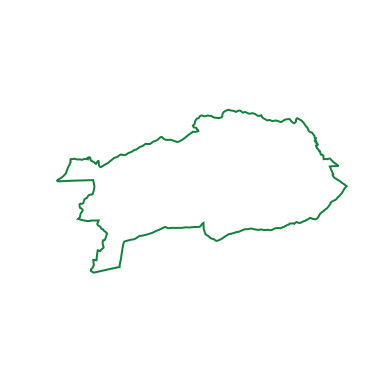 Tenjo, Cundinamarca, Colombia (Albers equal-area conic projection), rotated 42°
{"feature_id": "7082276B86152202895144", "entity_name": "Tenjo", "entity_type": "district", "adm_level": 2, "iso_a3": "COL", "parent_name": "Colombia", "parent_adm1": "Cundinamarca", "projection": "albers", "projection_center": [-74.143, 4.827], "detail": "fine", "context": "isolated", "style": "outline", "palette": "green", "viewbox_px": 384, "rotation_deg": 42, "n_neighbors": 0, "source": "geoboundaries", "source_scale": "gbopen_adm2", "svg_char_len": 5982}
<svg xmlns="http://www.w3.org/2000/svg" viewBox="0 0 384 384"><g transform="rotate(42 192 192)"><path d="M82.0,246.7L80.1,248.4L79.8,248.8L79.8,249.0L80.7,249.8L80.9,250.4L81.9,251.0L82.0,252.3L82.2,252.8L82.8,253.6L82.8,254.3L83.6,257.1L85.8,262.5L85.8,266.1L85.4,268.5L84.1,273.1L84.2,273.8L85.2,273.8L91.1,268.1L91.3,267.8L100.4,259.0L110.6,249.3L115.7,253.1L117.5,255.7L119.7,260.2L119.2,260.7L118.9,261.4L118.2,261.9L118.0,262.3L117.4,263.5L117.4,264.4L117.8,266.1L117.8,267.1L117.1,268.5L117.1,269.4L117.7,271.1L118.6,272.8L118.6,273.2L118.1,274.5L117.1,275.2L116.7,276.2L116.7,276.5L116.9,276.8L118.1,277.8L119.3,278.7L119.9,278.6L121.0,278.2L122.4,278.3L122.9,278.6L123.3,279.3L123.5,280.4L123.5,282.1L124.3,283.7L125.1,284.9L125.6,286.0L125.3,288.3L131.1,285.3L131.1,285.2L133.4,283.8L135.6,281.8L135.7,281.2L141.7,275.6L143.0,279.2L143.9,279.6L144.6,279.7L145.5,279.4L147.2,279.3L149.2,279.9L149.7,279.8L150.3,279.5L151.0,279.3L151.3,279.5L152.0,279.7L153.4,279.7L154.3,279.4L155.6,279.7L156.6,279.6L159.1,285.2L159.2,286.3L158.7,287.1L158.3,287.3L158.8,288.6L159.9,289.9L161.9,291.4L163.4,292.3L163.6,292.7L163.2,294.5L163.1,296.0L163.4,297.4L163.1,297.7L161.3,298.1L160.9,298.4L164.2,303.3L166.7,306.6L164.1,308.5L164.4,308.9L165.0,309.2L165.4,309.6L165.9,310.3L166.4,310.6L167.4,311.6L168.0,312.0L168.9,315.0L168.9,316.2L168.6,317.0L168.8,317.4L169.4,318.1L169.7,318.3L170.1,318.3L171.4,317.9L172.2,318.0L173.0,317.6L184.2,301.8L188.4,296.1L187.6,295.3L187.2,294.8L183.6,288.7L179.8,283.1L176.5,277.8L175.1,275.3L175.0,273.8L178.1,269.0L180.7,265.6L181.5,263.6L181.9,261.5L182.3,260.0L184.5,257.4L185.3,256.2L187.1,253.5L189.9,248.8L191.5,244.7L193.0,241.7L194.8,237.2L195.4,236.1L196.2,235.5L197.9,235.2L198.8,234.6L201.2,231.9L203.9,229.6L207.0,226.7L208.2,225.8L210.9,222.5L213.5,220.4L215.6,218.2L216.4,217.2L220.7,213.1L221.1,212.2L220.9,208.3L221.2,207.3L224.8,211.1L226.6,212.3L230.0,214.2L230.9,214.3L233.7,213.8L236.8,213.8L238.4,213.3L239.7,212.4L242.1,212.3L242.7,212.1L243.7,211.0L244.3,209.6L245.4,207.0L246.0,204.2L247.5,198.8L249.4,196.3L251.5,192.6L253.4,190.3L255.8,184.9L257.3,183.2L258.6,182.1L259.8,180.2L260.1,179.9L261.3,179.0L263.1,178.1L266.1,176.2L267.2,175.2L267.8,174.1L268.4,173.6L270.8,172.2L272.9,170.1L273.7,169.3L275.7,168.0L276.4,167.3L276.7,166.8L277.6,164.4L278.1,163.4L279.4,161.8L282.0,159.6L282.6,158.6L283.0,157.3L283.8,156.5L283.8,155.8L284.6,153.6L285.2,152.1L285.7,151.7L285.8,151.0L285.6,150.3L286.2,149.6L287.2,148.8L287.9,147.7L288.5,147.4L289.4,147.1L289.4,145.5L289.8,144.4L290.4,144.1L291.5,143.8L292.7,143.0L293.1,142.5L293.7,141.3L294.5,139.0L295.5,137.6L295.8,136.0L296.2,135.3L296.7,133.9L296.9,132.4L298.4,131.6L299.8,131.2L302.1,129.6L302.6,128.3L302.7,127.1L302.5,125.5L301.8,122.7L302.0,121.3L301.9,120.6L302.5,118.3L302.7,116.0L303.2,114.1L303.2,112.8L303.0,109.9L302.7,108.2L302.3,107.1L302.2,106.4L302.4,105.4L303.1,103.5L303.9,102.0L304.0,100.1L303.9,97.9L304.2,96.7L304.1,94.8L304.1,92.4L303.0,87.2L303.0,84.2L299.3,84.5L297.1,84.9L293.7,85.1L292.5,85.5L291.8,85.5L288.8,86.1L287.0,86.0L285.9,85.6L285.3,85.4L285.0,85.2L285.1,84.4L277.4,80.8L279.5,78.4L283.1,75.2L282.7,74.6L279.0,75.0L277.2,75.1L274.5,75.0L272.3,74.8L271.7,75.3L270.9,76.4L270.7,76.9L270.5,77.2L269.2,78.0L267.9,79.5L267.3,78.9L266.6,78.5L265.3,77.0L263.8,77.1L263.3,77.6L262.7,78.0L259.7,76.1L259.2,76.6L257.9,75.9L255.4,75.9L255.0,75.4L254.2,75.2L253.3,74.6L253.9,73.4L253.6,73.1L253.6,72.5L252.8,72.2L252.1,72.7L251.3,71.7L250.6,71.3L250.4,71.8L250.0,71.7L249.9,72.1L248.9,71.7L249.0,70.9L248.4,70.4L248.5,69.7L248.2,69.2L247.6,69.9L246.8,69.5L245.4,68.4L241.4,67.6L241.2,67.6L240.9,68.0L240.0,68.1L239.0,68.5L238.2,68.6L237.7,68.5L234.6,67.0L233.1,67.0L229.2,66.0L227.2,65.7L225.3,65.7L223.4,66.1L221.2,66.6L220.8,66.8L220.8,67.9L220.9,68.7L222.2,70.2L222.2,71.2L221.9,72.5L221.7,72.7L221.4,72.8L218.9,73.0L217.7,72.9L216.2,72.5L215.9,72.5L215.5,72.7L213.6,74.7L213.0,75.5L212.3,77.2L211.8,79.4L211.3,80.4L210.3,81.0L208.4,81.7L206.6,82.7L205.9,83.4L204.8,85.0L204.4,85.3L203.7,85.8L202.1,86.3L201.5,86.6L200.7,87.5L200.2,88.2L199.8,88.5L197.4,89.0L196.2,89.4L195.1,89.5L194.0,89.4L192.2,88.6L191.2,90.3L190.5,90.9L189.7,91.4L186.6,91.9L184.4,92.8L183.8,93.3L183.2,94.5L182.3,95.3L181.4,95.9L180.2,96.2L178.0,97.0L177.5,97.6L177.0,98.6L176.5,99.1L173.8,99.2L172.9,99.6L172.6,99.9L171.7,101.3L171.0,103.1L169.6,103.5L168.4,104.0L165.9,105.7L164.6,106.1L163.7,107.1L162.8,108.9L162.0,111.4L162.2,112.8L162.6,113.8L163.1,114.6L164.0,115.7L164.0,116.5L163.4,117.9L162.3,119.2L161.3,120.0L160.0,120.9L159.4,121.4L157.5,122.3L155.6,122.5L154.6,123.2L154.1,123.7L152.9,124.3L152.5,124.5L152.2,125.0L150.9,127.2L149.9,127.8L148.1,128.5L147.2,129.8L147.1,130.1L147.4,131.5L147.4,132.4L147.4,133.0L146.7,133.8L146.6,134.2L146.6,136.0L147.1,137.5L148.4,139.6L148.4,140.6L148.2,142.1L149.3,142.6L150.2,142.7L152.1,141.6L152.6,141.5L153.6,142.2L154.5,141.9L154.9,141.9L155.9,142.5L155.4,143.6L154.8,144.5L153.2,146.1L152.3,146.6L152.2,147.8L151.2,151.7L150.5,156.4L150.0,159.0L148.7,163.1L148.4,163.7L148.1,164.1L147.1,164.9L141.3,167.4L138.0,170.5L137.1,171.0L135.6,171.3L134.9,171.4L133.5,171.3L132.9,171.3L132.4,171.7L132.0,172.3L131.8,172.9L131.5,176.1L131.1,177.5L130.8,178.2L129.4,180.6L128.9,183.8L128.4,184.6L127.2,185.8L125.2,187.4L124.5,190.8L123.1,193.4L122.2,197.8L121.4,198.8L121.1,199.3L120.2,202.6L118.5,206.0L118.3,207.3L117.7,209.0L117.5,209.5L116.7,210.2L114.6,211.3L113.8,212.1L113.1,215.6L111.3,219.0L110.1,226.8L108.7,230.7L108.3,232.8L107.6,234.3L107.4,234.5L106.8,234.8L105.7,234.7L105.2,234.5L104.3,233.9L103.1,232.5L101.8,231.5L101.3,232.4L101.3,232.8L101.8,234.6L101.8,235.2L101.6,235.5L100.9,235.6L100.5,235.4L99.4,235.4L97.5,235.9L96.7,235.9L96.3,236.1L96.2,235.9L95.3,236.1L93.7,234.8L93.0,235.4L92.6,235.0L92.2,235.9L91.9,235.8L91.7,236.5L92.4,237.1L91.7,237.3L92.0,237.9L90.2,239.2L89.8,239.6L88.8,241.6L86.5,243.1L84.7,244.8L82.3,245.9L82.0,246.4L82.0,246.7Z" fill="none" stroke="#15803d" stroke-width="2"/></g></svg>